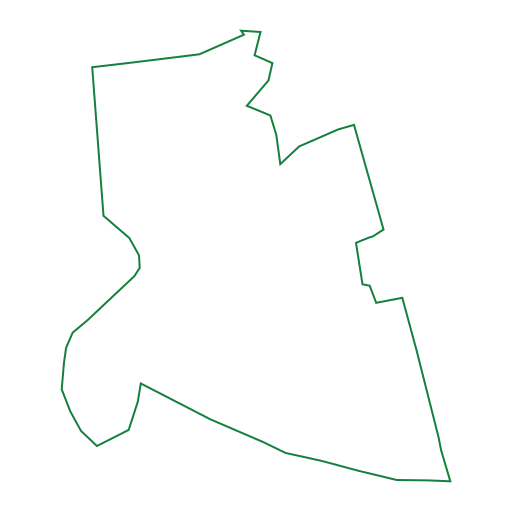 the district of Mirzaabad, Sirdaryo, Uzbekistan
{"feature_id": "79887680B49500838680737", "entity_name": "Mirzaabad", "entity_type": "district", "adm_level": 2, "iso_a3": "UZB", "parent_name": "Uzbekistan", "parent_adm1": "Sirdaryo", "projection": "orthographic", "projection_center": [68.617, 40.481], "detail": "fine", "context": "isolated", "style": "outline", "palette": "green", "viewbox_px": 512, "rotation_deg": 0, "n_neighbors": 0, "source": "geoboundaries", "source_scale": "gbopen_adm2", "svg_char_len": 766}
<svg xmlns="http://www.w3.org/2000/svg" viewBox="0 0 512 512"><path d="M96.9,446.0L128.7,429.9L137.8,401.7L140.8,383.5L210.5,419.4L263.7,442.3L285.7,453.0L320.8,460.7L359.3,471.0L396.7,480.0L428.6,480.4L450.3,481.3L441.1,450.2L438.6,437.5L416.5,350.1L402.3,297.8L376.2,302.8L369.7,285.7L362.5,284.3L356.0,242.9L360.9,240.8L368.9,237.6L372.9,236.4L383.5,229.5L354.0,124.9L338.2,129.4L299.2,146.4L280.3,164.1L276.3,134.9L270.4,115.5L246.8,105.8L265.6,83.8L268.4,80.6L272.4,63.1L254.6,55.3L260.5,32.0L241.1,30.7L243.9,34.7L210.7,49.3L199.3,54.3L128.3,63.0L92.2,67.2L103.5,215.8L129.4,238.1L139.0,255.4L139.7,267.9L134.5,276.0L87.5,320.2L72.7,332.6L66.1,347.8L64.0,362.7L61.7,389.3L70.2,411.2L81.0,430.9L96.9,446.0Z" fill="none" stroke="#15803d" stroke-width="2"/></svg>